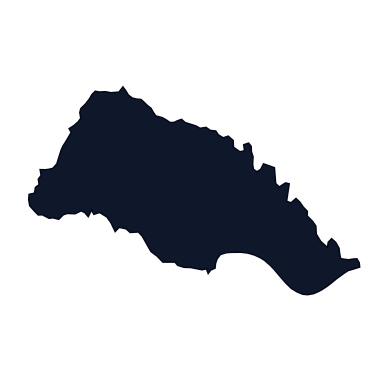 Caiçara, Rio Grande do Sul, Brazil, rotated 177°
{"feature_id": "56859067B15566329733974", "entity_name": "Caiçara", "entity_type": "district", "adm_level": 2, "iso_a3": "BRA", "parent_name": "Brazil", "parent_adm1": "Rio Grande do Sul", "projection": "mercator", "projection_center": [-53.474, -27.247], "detail": "fine", "context": "isolated", "style": "filled", "palette": "ink", "viewbox_px": 384, "rotation_deg": 177, "n_neighbors": 0, "source": "geoboundaries", "source_scale": "gbopen_adm2", "svg_char_len": 2147}
<svg xmlns="http://www.w3.org/2000/svg" viewBox="0 0 384 384"><g transform="rotate(177 192 192)"><path d="M28.5,108.2L28.7,112.5L30.8,116.7L35.2,116.6L39.2,116.1L47.0,117.6L47.8,122.8L48.1,128.1L51.1,134.1L55.0,138.1L58.6,134.7L59.6,129.5L66.1,136.0L70.1,143.5L70.1,151.5L73.1,156.4L78.2,162.1L77.8,166.7L81.6,171.0L84.8,176.2L88.5,180.1L93.7,176.0L98.0,177.8L94.5,195.1L98.1,196.2L104.6,192.5L108.0,196.1L108.4,211.9L119.1,216.4L122.2,211.0L126.1,208.9L129.4,211.4L130.0,216.1L129.2,224.1L130.6,229.1L130.5,234.5L132.9,237.9L137.9,236.5L137.4,230.4L142.1,229.7L148.2,234.5L148.2,241.3L152.9,245.9L158.0,244.5L162.7,247.7L165.1,251.7L170.4,252.5L174.6,255.8L180.7,255.2L184.5,257.7L189.2,259.5L195.2,261.7L198.6,265.1L202.8,263.9L206.3,262.4L210.5,262.6L213.7,265.2L217.8,267.8L224.2,269.9L226.7,274.0L228.5,277.7L231.9,280.6L235.2,284.2L238.1,287.1L242.5,287.7L246.8,289.0L250.5,292.2L252.9,296.7L255.5,300.6L259.7,295.6L267.8,295.4L273.2,296.7L279.3,296.7L283.3,297.7L286.8,294.6L289.2,290.8L293.6,285.6L298.7,281.1L299.9,277.2L299.2,271.5L301.9,268.1L306.5,264.5L311.4,261.7L309.5,257.8L312.6,253.1L315.6,248.6L318.2,245.0L320.3,241.1L322.7,234.8L325.5,227.2L329.6,223.0L333.4,222.2L337.4,221.9L342.5,222.3L341.8,216.5L344.8,212.9L344.3,207.3L348.1,204.8L349.3,199.1L354.8,198.2L355.5,193.0L354.8,186.8L350.5,181.4L346.7,177.1L342.7,177.1L336.0,173.2L332.2,173.5L326.5,171.7L321.7,176.0L317.8,177.1L309.9,176.4L303.7,179.0L300.2,177.1L296.9,172.8L293.2,179.4L291.2,174.8L285.4,176.4L278.3,171.5L274.5,165.5L270.8,156.5L266.6,160.5L259.7,158.7L255.9,154.8L247.6,154.9L244.0,150.5L236.1,134.7L229.9,129.5L224.8,123.5L216.5,123.1L212.7,122.9L210.1,119.5L203.9,117.2L197.0,116.6L186.1,113.8L181.6,114.5L180.1,109.8L177.4,113.1L173.0,114.7L172.2,119.5L170.5,123.8L166.9,128.1L160.9,129.6L155.8,129.7L152.0,129.5L146.4,129.3L139.5,128.1L132.9,125.8L127.0,122.7L123.1,119.9L117.5,114.5L114.0,110.4L108.0,102.5L103.2,96.3L97.8,90.5L92.1,86.6L86.7,84.1L81.8,83.4L76.0,84.1L71.1,85.9L67.1,87.8L62.5,90.5L57.2,94.1L52.7,97.5L48.5,100.2L44.3,103.0L40.1,105.4L36.0,106.3L32.2,107.3L28.5,108.2Z" fill="#0f172a" stroke="#020617" stroke-width="1.5"/></g></svg>